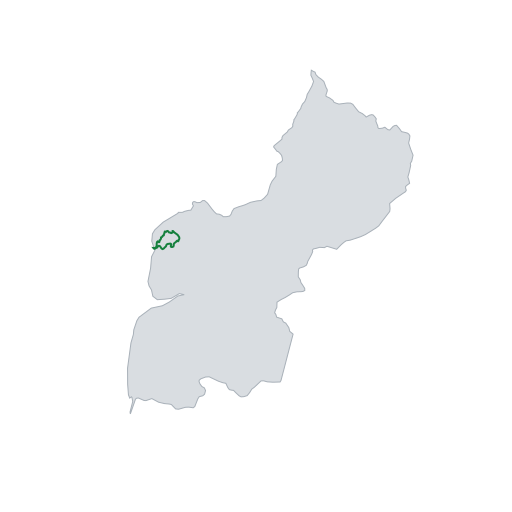 location of VI-1 East Berbice/W.Canje, East Berbice-Corentyne, Guyana, rotated 233°
{"feature_id": "73187651B47242148474539", "entity_name": "VI-1 East Berbice/W.Canje", "entity_type": "district", "adm_level": 2, "iso_a3": "GUY", "parent_name": "Guyana", "parent_adm1": "East Berbice-Corentyne", "projection": "robinson", "projection_center": [-57.533, 6.069], "detail": "fine", "context": "in_parent", "style": "outline", "palette": "green", "viewbox_px": 512, "rotation_deg": 233, "n_neighbors": 0, "source": "geoboundaries", "source_scale": "gbopen_adm2", "svg_char_len": 5656}
<svg xmlns="http://www.w3.org/2000/svg" viewBox="0 0 512 512"><g transform="rotate(233 256 256)"><path d="M171.3,238.6L161.4,226.1L151.4,213.5L141.6,201.1L140.9,199.4L145.0,193.6L148.7,189.3L151.8,186.9L153.2,184.8L152.2,175.7L152.2,172.4L150.8,168.9L149.8,164.9L151.0,161.6L152.5,159.3L154.4,158.4L159.0,157.6L162.2,157.2L163.4,155.9L165.3,154.3L167.7,154.3L172.5,155.3L174.7,153.3L178.7,150.6L187.7,145.9L189.7,142.9L191.1,138.1L191.0,135.9L190.1,135.0L187.8,134.3L184.4,134.2L181.7,135.4L178.9,134.7L176.6,131.8L176.4,129.4L177.8,126.0L177.0,123.7L172.6,116.5L172.6,114.5L175.8,111.3L177.7,108.5L180.2,102.0L182.2,99.8L188.4,99.0L190.0,97.6L193.2,94.1L197.9,90.2L204.8,87.0L206.7,81.2L207.9,79.7L213.4,76.6L214.3,75.0L214.2,73.6L205.5,60.6L207.2,61.5L214.0,70.0L217.7,71.8L218.5,71.8L218.5,69.6L221.9,70.6L230.8,76.3L243.7,85.9L261.9,103.9L267.1,110.8L270.6,114.0L276.0,121.9L277.5,125.7L277.4,141.0L272.6,151.3L271.4,159.1L271.1,169.5L268.3,175.4L272.1,172.2L273.2,162.8L276.4,157.2L280.5,150.9L285.9,149.4L291.8,152.1L296.5,152.6L300.7,154.4L309.6,164.4L318.3,172.2L321.4,178.6L330.6,181.7L336.1,186.7L337.8,191.0L338.9,202.3L337.1,219.3L337.6,220.2L335.1,223.6L334.7,225.7L333.1,229.5L331.8,231.5L333.7,236.2L335.7,236.5L336.5,237.1L337.0,238.0L336.9,239.0L336.1,239.9L334.1,241.0L332.3,243.7L332.4,246.7L331.2,248.3L327.4,249.1L320.0,249.1L316.3,249.3L313.4,249.8L311.5,251.8L309.1,253.1L307.1,253.5L305.4,255.7L303.8,258.9L304.3,261.1L306.1,264.0L307.1,267.0L305.7,271.9L304.3,275.6L303.4,278.4L302.2,283.9L299.4,290.0L297.3,293.4L297.3,297.1L298.3,302.4L304.2,310.2L306.1,313.9L307.7,319.8L313.0,324.4L316.3,328.2L316.0,333.2L316.4,334.7L318.5,336.0L321.0,337.0L323.8,336.9L326.2,336.5L326.8,335.8L332.5,335.7L333.2,336.9L333.5,344.1L333.7,347.0L335.1,348.2L335.9,349.9L336.0,351.5L336.2,355.6L337.1,357.7L336.9,361.9L337.5,363.5L339.1,364.6L341.1,367.7L341.9,368.0L342.2,369.1L344.0,373.5L344.8,374.8L345.4,375.0L345.7,376.5L346.9,380.6L347.8,381.6L349.4,384.6L350.0,387.9L352.1,391.6L354.3,394.2L355.3,396.8L358.0,402.8L360.7,407.0L364.3,408.0L367.3,408.6L369.2,410.2L371.1,412.0L369.1,412.8L367.3,413.8L364.8,413.0L361.4,413.4L357.8,414.6L354.5,415.2L348.2,413.3L346.3,413.1L345.0,412.3L342.4,408.6L341.2,408.1L337.9,409.9L333.9,411.1L331.9,410.8L329.6,412.1L327.4,413.7L323.3,420.9L321.2,423.5L318.9,424.6L314.3,424.6L309.4,424.8L305.8,426.6L302.4,427.5L300.7,427.6L300.1,431.5L299.3,433.4L298.2,434.4L295.6,434.7L293.2,434.6L291.7,432.9L289.0,432.1L286.6,431.5L285.1,430.6L283.9,430.8L282.8,432.5L282.0,433.9L281.3,436.4L277.6,437.3L276.1,438.7L277.0,443.6L276.6,445.5L275.8,446.9L271.4,447.2L267.7,447.1L265.6,448.9L262.9,451.0L261.3,451.4L259.3,451.2L256.8,448.8L254.4,445.9L248.2,443.8L242.0,442.1L238.0,437.4L237.1,435.0L235.2,434.0L230.4,428.4L227.7,424.8L224.9,423.9L221.6,422.4L221.7,419.8L221.5,417.3L220.1,416.3L218.1,415.6L217.4,414.2L217.6,410.9L218.0,402.4L217.5,394.3L213.1,391.5L211.1,389.6L207.8,377.6L206.2,372.2L206.2,368.2L207.3,356.2L208.5,351.0L212.0,340.7L213.9,337.1L214.0,334.5L213.8,331.1L212.8,324.5L218.6,320.3L221.1,318.5L221.5,315.7L224.6,312.1L225.9,308.7L227.1,306.1L226.8,304.7L225.4,303.9L223.8,301.3L220.5,294.0L219.3,292.5L218.3,290.5L218.8,287.2L220.1,283.7L220.0,282.3L218.0,280.4L213.9,277.2L210.4,277.0L207.8,275.9L203.9,275.7L200.8,275.4L199.1,274.2L199.4,272.3L200.2,270.8L202.8,267.1L204.6,263.2L204.8,259.3L205.3,254.3L206.1,249.9L206.5,245.0L202.4,241.7L201.1,239.0L199.4,236.7L197.5,236.7L194.7,235.7L190.3,238.8L186.9,238.2L184.5,239.4L179.0,239.1L175.5,237.6L171.3,238.6Z" fill="#d9dde1" stroke="#a8b0b8" stroke-width="1"/><path d="M319.1,206.1L319.5,206.2L320.0,206.0L320.5,206.0L321.0,205.9L321.5,205.7L321.9,205.6L322.4,205.4L322.8,205.3L323.3,205.2L323.8,205.0L324.5,204.9L325.7,204.8L326.1,204.4L325.8,204.1L325.4,204.3L325.0,203.9L325.0,203.4L325.1,202.8L325.2,202.3L325.5,201.9L325.9,201.8L326.4,201.6L326.7,201.2L327.0,200.8L327.6,200.7L328.0,200.7L328.5,200.6L329.0,200.6L329.4,200.2L329.5,199.7L329.5,199.2L329.4,198.7L329.8,198.3L329.9,198.1L330.3,198.0L330.2,197.5L329.9,197.1L329.6,196.8L329.2,196.5L328.9,195.9L328.8,195.5L328.3,195.1L328.0,194.8L328.1,194.2L328.3,193.7L328.0,193.2L327.8,192.7L327.8,192.3L327.9,191.8L328.0,191.3L327.4,190.9L327.1,190.6L326.9,190.1L326.6,189.7L326.5,189.2L326.6,188.6L326.3,188.2L325.8,187.8L325.5,187.5L325.3,187.1L325.6,186.6L326.0,186.5L326.4,186.5L326.8,186.3L326.8,185.9L326.7,185.4L326.4,185.0L326.1,184.6L325.6,184.1L325.2,183.8L324.8,183.5L324.5,183.2L324.1,182.9L323.6,182.4L323.3,182.0L323.3,181.6L323.2,181.1L323.2,180.5L323.1,180.0L324.1,178.9L323.6,178.9L323.1,179.1L322.7,179.6L322.6,180.3L322.6,180.7L322.7,180.8L322.3,181.6L322.3,181.8L322.3,182.3L322.5,182.8L322.6,183.2L322.7,183.9L322.6,184.5L322.3,184.8L321.9,185.1L321.5,185.2L321.0,185.2L320.6,185.2L320.0,185.1L319.5,185.1L319.0,185.1L318.6,185.2L318.2,185.3L317.7,185.6L317.6,186.1L317.6,186.5L317.5,187.1L317.6,187.6L317.8,188.1L317.8,188.7L317.8,189.2L317.9,189.7L318.0,190.1L318.3,190.5L318.6,190.9L318.9,191.5L318.9,192.0L318.8,192.5L318.6,193.1L318.3,193.5L318.0,194.0L317.8,194.5L317.4,195.1L317.1,195.3L316.6,195.4L316.3,195.2L315.9,194.8L315.6,194.4L315.3,194.0L314.8,193.7L314.4,193.7L314.0,194.0L313.7,194.4L313.5,194.8L313.4,195.3L313.3,195.8L313.7,196.2L314.0,196.7L314.3,197.0L314.7,197.2L315.0,197.6L315.3,198.0L315.4,198.5L315.4,199.0L315.4,199.5L315.4,200.0L315.4,200.5L315.5,201.0L315.7,201.5L315.7,202.0L315.5,202.5L315.1,202.4L314.7,202.6L314.7,203.0L315.0,203.4L315.3,203.9L315.5,204.4L315.7,204.8L316.1,205.3L316.5,205.6L316.9,205.8L317.3,206.0L317.8,206.0L318.2,206.0L318.6,206.1L319.1,206.1Z" fill="none" stroke="#15803d" stroke-width="2"/></g></svg>